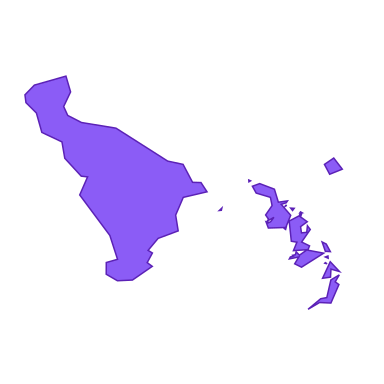 outline of Tojo Una-Una, Sulawesi Tengah, Indonesia, rotated 82°
{"feature_id": "22746128B20933115656615", "entity_name": "Tojo Una-Una", "entity_type": "district", "adm_level": 2, "iso_a3": "IDN", "parent_name": "Indonesia", "parent_adm1": "Sulawesi Tengah", "projection": "natural_earth1", "projection_center": [121.803, -0.873], "detail": "medium", "context": "isolated", "style": "filled", "palette": "violet", "viewbox_px": 384, "rotation_deg": 82, "n_neighbors": 0, "source": "geoboundaries", "source_scale": "gbopen_adm2", "svg_char_len": 1908}
<svg xmlns="http://www.w3.org/2000/svg" viewBox="0 0 384 384"><g transform="rotate(82 192 192)"><path d="M228.6,211.1L212.6,211.4L196.1,201.4L193.9,177.1L183.9,181.8L182.5,190.1L163.4,197.0L158.0,211.8L118.2,258.4L107.8,291.8L98.9,304.4L89.5,307.2L76.0,298.3L59.7,300.7L64.2,333.2L72.5,343.9L80.4,344.0L92.1,335.1L112.1,332.4L124.3,313.8L140.9,313.3L160.9,299.5L162.5,293.3L179.3,303.6L223.6,279.4L248.3,275.1L249.9,286.7L261.5,288.4L269.5,278.2L270.9,263.2L260.1,241.7L255.7,246.2L246.9,239.7L243.7,243.6L233.2,232.0L228.6,211.1ZM228.8,97.5L216.6,105.4L215.8,100.2L214.1,98.7L214.1,107.9L200.7,110.0L193.1,123.8L194.7,131.4L202.0,128.6L208.2,115.1L216.6,114.6L225.0,122.3L230.5,119.6L228.5,114.4L232.4,118.3L233.2,121.2L232.0,122.8L238.3,121.4L240.2,104.1L228.8,97.5ZM245.6,80.1L241.5,82.4L247.9,84.0L247.7,89.3L241.4,89.3L237.5,82.0L230.5,89.3L234.3,99.8L254.6,100.5L256.3,95.1L264.2,99.7L265.2,85.1L261.7,83.1L256.8,90.4L245.6,80.1ZM270.9,70.1L265.4,86.4L269.5,94.4L265.8,97.2L268.5,98.4L268.7,101.1L269.6,100.5L270.0,103.6L271.8,104.9L271.2,95.3L277.4,100.3L281.7,94.0L270.9,70.1ZM300.9,62.7L294.6,57.7L298.4,66.7L315.3,73.2L315.6,79.4L324.3,93.4L319.2,81.1L321.3,69.9L304.1,59.4L300.9,62.7ZM190.3,40.0L178.1,46.9L183.1,57.0L193.6,53.2L190.3,40.0ZM291.3,57.0L280.3,64.8L295.6,74.7L295.6,66.7L287.7,65.1L291.3,57.0ZM270.3,63.3L262.2,66.3L259.6,70.1L269.3,68.2L270.3,63.3ZM274.9,69.0L276.5,66.4L274.3,66.3L274.9,69.0ZM221.7,96.5L224.3,95.0L222.4,93.1L221.7,96.5ZM231.3,87.8L228.9,86.5L229.3,88.4L231.3,87.8ZM232.7,121.2L230.3,120.6L231.7,122.0L232.7,121.2ZM214.2,165.5L212.1,164.7L214.1,167.5L214.2,165.5ZM219.2,101.8L218.4,100.0L218.3,101.2L219.2,101.8ZM227.7,88.1L227.8,86.0L226.8,87.3L227.7,88.1ZM188.1,134.1L189.8,134.2L189.1,132.5L188.1,134.1ZM281.9,68.2L280.5,69.8L281.0,70.4L281.9,68.2ZM242.1,104.5L240.4,103.8L241.2,105.5L242.1,104.5Z" fill="#8b5cf6" stroke="#5b21b6" stroke-width="1.5"/></g></svg>